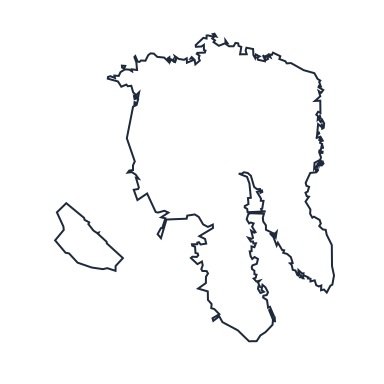 outline of Tonoas, Federated States of Micronesia, rotated 84°
{"feature_id": "79324940B80636387322037", "entity_name": "Tonoas", "entity_type": "district", "adm_level": 2, "iso_a3": "FSM", "parent_name": "Federated States of Micronesia", "parent_adm1": "", "projection": "orthographic", "projection_center": [151.879, 7.372], "detail": "fine", "context": "isolated", "style": "outline", "palette": "slate", "viewbox_px": 384, "rotation_deg": 84, "n_neighbors": 0, "source": "geoboundaries", "source_scale": "gbopen_adm2", "svg_char_len": 5885}
<svg xmlns="http://www.w3.org/2000/svg" viewBox="0 0 384 384"><g transform="rotate(84 192 192)"><path d="M54.7,164.7L54.2,172.1L55.1,172.8L57.2,170.3L59.7,171.3L62.1,170.5L65.4,175.3L60.9,175.6L57.8,178.2L59.2,179.5L59.1,177.3L60.9,176.7L62.9,183.5L58.5,183.3L59.7,186.1L58.3,191.2L55.2,194.8L58.2,193.9L61.1,195.2L60.6,196.4L57.9,196.4L59.2,197.7L58.0,198.9L60.2,200.4L55.6,200.4L56.7,202.2L59.5,202.2L55.4,205.6L54.0,212.4L50.4,215.5L49.8,218.7L51.3,221.2L56.6,224.6L55.9,228.9L57.1,230.6L56.7,232.4L50.9,234.2L51.8,235.2L57.2,233.8L64.9,233.9L63.7,239.2L65.7,239.0L63.6,241.9L63.1,246.0L65.3,250.6L68.9,252.7L68.1,257.0L70.5,256.7L68.3,261.1L68.8,263.5L70.5,263.9L74.3,254.1L79.9,251.3L78.3,246.1L80.1,244.8L80.0,241.3L86.7,240.1L89.8,237.4L87.3,234.2L91.9,235.6L90.9,238.1L93.9,235.8L99.6,238.0L101.0,241.7L131.8,251.2L155.6,245.7L159.3,247.9L164.0,248.4L164.1,252.1L166.0,253.9L165.9,249.8L168.8,246.2L173.2,243.7L172.1,246.2L182.0,244.4L183.4,245.3L183.7,249.7L194.3,247.1L188.8,236.8L208.1,230.2L208.9,228.0L207.8,221.4L210.0,217.6L214.0,225.3L215.4,221.2L224.8,225.4L224.7,226.7L230.3,230.6L234.7,227.7L216.7,220.3L218.0,200.1L215.0,199.2L214.6,191.6L217.5,187.9L225.4,184.3L228.4,179.8L226.6,174.7L230.0,174.9L236.7,189.3L240.1,183.9L244.8,183.3L245.1,188.9L242.6,190.4L242.9,192.0L244.5,192.2L244.0,197.5L245.4,197.4L246.7,194.7L253.0,194.9L253.8,192.7L255.6,192.4L257.1,194.0L256.4,198.4L257.5,200.0L264.3,194.1L262.2,189.4L266.1,189.0L269.6,190.8L271.6,190.0L272.2,185.7L274.7,184.6L277.8,187.0L284.0,187.7L288.7,196.0L292.5,186.7L301.0,187.4L305.5,184.2L309.5,185.0L310.8,182.0L316.4,177.6L319.7,184.8L322.4,184.3L318.5,177.9L324.6,175.3L334.4,160.9L346.4,150.9L347.1,143.3L341.8,139.0L339.0,133.5L332.5,125.8L327.4,124.8L316.7,127.9L324.7,123.3L314.3,126.5L315.0,128.4L307.3,128.7L304.4,132.3L302.6,131.8L302.3,128.5L299.7,126.9L294.4,129.0L291.7,131.6L296.7,133.1L298.7,131.0L299.6,134.5L295.2,136.5L292.9,135.8L293.4,134.3L289.0,135.8L287.2,133.8L287.8,137.3L284.5,139.7L283.9,137.6L281.0,136.5L280.3,138.5L276.9,138.2L274.8,140.4L272.8,140.4L271.3,139.5L270.2,135.1L265.5,133.4L263.2,136.6L264.9,139.1L262.0,140.4L257.1,140.8L257.1,138.9L252.3,138.5L253.4,135.7L249.7,133.8L249.6,136.3L247.6,136.5L247.5,138.6L243.4,140.8L244.8,137.6L244.0,136.1L236.7,137.2L239.0,134.4L238.6,133.0L232.8,135.9L229.7,134.0L228.5,136.7L229.2,138.5L224.9,140.5L220.1,138.4L219.2,136.3L221.1,122.7L225.1,124.3L228.9,124.2L232.8,122.0L237.3,122.4L241.6,115.4L242.0,113.7L240.5,112.0L245.9,113.5L243.2,115.1L241.2,118.9L245.4,115.7L254.1,113.4L251.4,111.9L259.1,108.4L259.6,106.5L262.0,107.6L263.6,103.8L267.1,100.5L273.1,99.3L273.2,102.0L274.9,100.5L279.9,99.9L280.9,97.3L285.6,95.9L286.2,95.0L280.8,94.3L284.5,91.1L284.5,89.6L287.4,90.1L286.7,89.3L289.1,85.2L290.1,85.7L290.7,83.2L293.3,83.5L292.7,79.2L297.7,78.2L299.2,75.7L298.5,73.2L303.2,73.9L302.8,70.9L306.1,68.5L299.7,64.2L298.8,62.1L289.9,59.5L280.3,60.5L259.4,58.5L248.6,62.5L243.6,63.0L242.9,65.8L239.2,69.0L236.8,67.2L233.1,68.0L229.3,73.3L230.1,75.0L226.0,76.8L221.7,76.1L213.4,80.1L208.9,76.2L208.2,78.3L204.5,79.2L203.7,76.9L199.1,75.0L197.8,77.5L194.8,78.0L185.4,72.4L185.4,66.3L183.6,64.4L182.4,64.6L183.9,66.5L180.2,66.5L181.7,68.1L175.8,67.1L173.3,61.0L170.9,60.1L165.5,61.4L163.9,60.8L164.2,59.7L157.8,57.6L156.5,59.5L154.9,58.7L153.6,60.0L152.3,59.2L154.8,57.8L154.6,56.6L150.4,58.5L151.2,62.2L137.7,59.5L140.9,56.3L137.4,55.8L142.6,55.9L141.9,54.3L137.6,53.4L132.6,55.5L135.6,55.6L135.8,56.8L133.3,58.1L131.5,57.3L133.2,59.4L129.8,58.7L128.1,60.3L125.4,58.2L126.7,56.0L114.6,54.9L114.3,60.2L110.2,54.4L104.9,55.4L106.8,53.2L104.3,50.8L101.0,55.2L99.7,54.6L100.3,52.9L96.0,54.0L94.6,52.8L92.8,55.2L86.6,57.9L82.5,68.2L74.1,80.1L74.0,84.3L71.7,85.5L68.9,91.2L66.2,90.0L61.9,96.9L64.0,98.3L63.3,100.7L66.2,99.9L64.4,102.4L63.5,101.5L64.7,104.9L65.8,102.7L67.7,102.6L68.5,104.8L66.0,105.5L69.6,105.8L67.4,112.5L65.2,113.1L64.2,110.6L61.9,114.1L65.4,115.2L62.2,116.6L56.2,116.3L54.2,122.8L56.9,123.9L60.7,123.2L60.1,129.8L52.9,127.8L51.5,130.4L49.0,130.5L48.3,133.2L51.4,135.4L50.9,140.0L47.6,143.7L49.4,150.0L45.2,154.9L43.6,153.3L41.5,155.8L40.0,153.9L37.9,159.8L37.9,161.1L40.9,161.5L39.9,164.6L46.3,173.0L48.0,172.9L48.3,167.4L46.9,164.8L52.0,165.3L52.8,163.8L54.7,164.7ZM219.0,120.7L217.9,138.8L214.6,138.9L212.9,141.2L211.5,141.0L209.9,137.1L203.9,137.0L203.9,134.1L189.5,134.0L182.7,135.7L178.6,143.6L179.1,140.8L177.8,138.3L178.9,134.6L182.1,131.7L193.4,129.7L196.0,127.1L196.2,124.0L197.8,124.0L197.8,122.2L199.3,122.1L200.0,124.0L198.0,124.2L198.7,127.4L205.7,124.1L207.9,124.5L208.3,121.8L215.8,123.9L216.1,125.1L218.4,124.5L219.0,120.7ZM212.9,323.5L216.3,323.5L225.8,333.2L239.2,324.1L240.2,320.7L250.3,313.2L256.6,299.7L259.4,288.7L258.9,284.2L262.4,276.3L257.6,275.7L250.5,267.6L234.2,282.1L232.6,282.1L223.9,289.8L222.6,289.0L222.9,290.7L220.0,294.1L213.1,298.4L211.5,297.4L208.4,301.8L206.5,302.0L190.0,318.2L198.1,328.5L212.9,323.5ZM62.2,246.6L59.6,245.2L59.0,248.5L60.9,248.5L62.2,246.6ZM179.1,60.1L177.5,58.3L175.9,58.7L178.9,62.4L179.1,60.1ZM326.4,124.3L329.1,123.8L329.2,123.0L325.8,122.9L326.4,124.3ZM39.9,151.6L36.9,153.1L37.2,154.8L39.4,153.0L39.9,151.6ZM176.2,62.8L177.5,62.0L174.8,60.3L174.6,61.6L176.2,62.8ZM97.6,238.0L96.6,239.7L98.7,240.1L97.6,238.0ZM165.3,60.0L166.6,59.5L166.8,58.2L165.6,57.9L165.3,60.0ZM160.3,58.3L162.5,56.9L159.6,57.4L160.3,58.3ZM148.3,61.2L147.1,59.4L146.0,59.6L145.8,60.0L148.3,61.2ZM93.4,238.2L91.4,238.8L91.1,239.6L93.6,239.4L93.4,238.2ZM47.3,141.4L44.6,142.9L46.7,143.0L47.3,141.4ZM287.2,91.8L289.3,91.1L289.5,90.2L287.6,90.7L287.2,91.8ZM64.8,105.8L63.4,107.2L65.8,106.4L64.8,105.8ZM130.8,57.4L132.0,56.4L129.8,56.8L130.8,57.4ZM179.5,65.5L181.0,64.7L179.1,65.2L179.5,65.5ZM284.3,94.0L285.6,94.4L285.8,93.3L284.3,94.0ZM177.1,63.9L178.5,63.3L177.0,63.1L177.1,63.9ZM287.4,92.6L288.1,93.2L288.2,92.6L287.4,92.6Z" fill="none" stroke="#1e293b" stroke-width="2"/></g></svg>